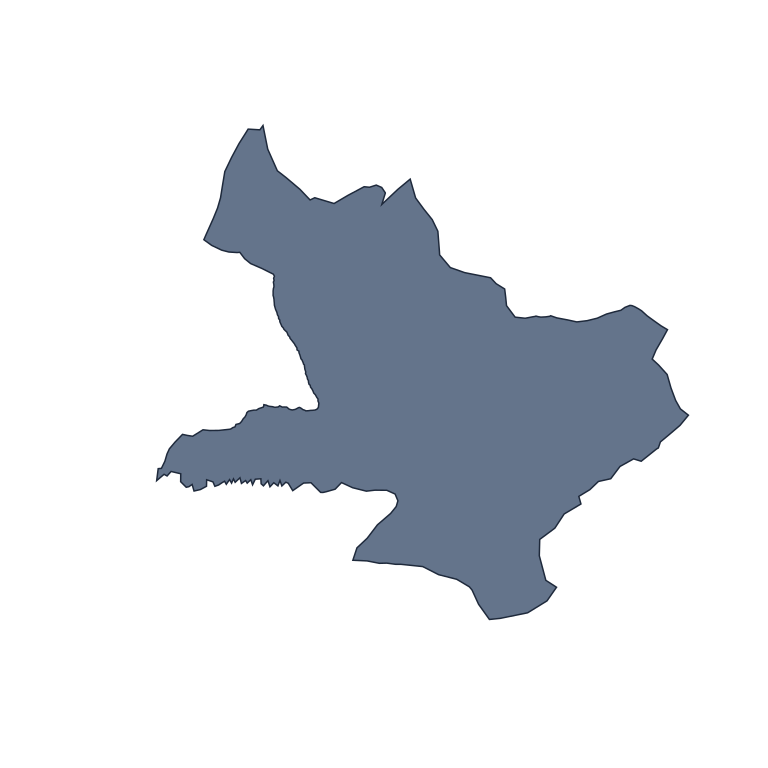 Dabola, Dabola, Guinea, rotated 217°
{"feature_id": "49546643B93693461345641", "entity_name": "Dabola", "entity_type": "district", "adm_level": 2, "iso_a3": "GIN", "parent_name": "Guinea", "parent_adm1": "Dabola", "projection": "natural_earth1", "projection_center": [-10.933, 10.773], "detail": "fine", "context": "isolated", "style": "filled", "palette": "slate", "viewbox_px": 768, "rotation_deg": 217, "n_neighbors": 0, "source": "geoboundaries", "source_scale": "gbopen_adm2", "svg_char_len": 4035}
<svg xmlns="http://www.w3.org/2000/svg" viewBox="0 0 768 768"><g transform="rotate(217 384 384)"><path d="M636.2,517.6L636.1,512.3L645.9,505.8L645.4,500.1L644.5,488.9L642.1,473.3L639.0,457.9L632.8,446.0L626.6,434.3L622.8,424.3L619.9,413.3L616.0,396.2L614.7,390.8L605.0,391.0L594.2,393.2L587.4,396.0L580.4,400.6L578.4,402.4L570.7,400.2L563.0,399.9L551.4,402.7L538.5,405.1L536.4,404.2L535.8,402.0L534.1,400.6L533.7,398.8L531.8,397.1L530.4,395.4L529.8,393.7L528.5,391.5L527.1,389.7L525.9,388.0L524.4,386.9L522.8,385.4L521.6,384.0L520.4,382.7L519.0,381.0L516.9,379.4L515.6,378.4L514.2,377.6L512.7,376.8L510.7,375.1L508.9,374.4L507.5,372.8L505.8,372.4L504.6,371.0L503.7,370.5L501.5,369.3L500.4,368.6L498.2,368.2L496.9,367.5L494.9,367.2L492.8,367.0L491.1,366.0L489.9,365.2L487.8,364.9L486.4,363.9L485.0,363.6L480.1,362.3L479.7,362.2L478.3,361.5L475.2,360.4L474.0,358.9L471.7,359.0L470.7,357.8L468.7,356.6L467.2,355.5L465.4,354.1L464.1,353.9L462.5,353.0L461.8,352.6L461.5,352.5L460.3,351.5L459.1,351.3L457.9,350.0L456.1,348.2L453.8,346.6L452.9,345.0L451.5,344.4L449.6,343.3L448.1,341.9L446.4,341.2L445.3,339.9L443.6,338.6L442.2,338.6L440.8,337.3L438.4,336.6L436.4,335.6L434.7,334.5L432.3,334.1L429.7,332.9L427.7,332.3L426.5,330.7L424.5,329.5L423.4,327.6L422.3,325.8L422.4,323.5L423.4,321.7L425.1,320.1L426.8,318.7L428.5,317.0L430.3,315.5L431.4,315.4L433.6,314.7L435.1,314.8L437.3,314.5L438.1,313.6L438.6,312.4L439.6,310.3L441.7,308.0L443.8,307.1L445.3,306.8L446.4,307.0L447.8,307.0L450.1,305.4L451.2,304.4L454.2,303.8L454.7,302.0L457.1,299.7L459.4,298.8L462.1,297.2L463.6,296.6L465.2,296.3L467.5,295.2L466.8,294.0L466.5,292.9L467.8,291.0L469.2,289.0L470.2,286.3L472.2,284.8L473.8,283.1L475.9,280.7L476.3,278.7L475.5,276.3L475.2,273.9L475.5,271.7L475.2,268.2L475.5,265.6L477.9,262.6L477.2,260.1L478.5,258.2L479.3,255.9L479.8,255.2L487.9,247.6L495.3,241.9L501.0,238.5L505.4,227.1L510.1,224.6L514.6,222.5L515.9,212.0L516.4,203.1L515.2,197.6L512.5,190.4L511.0,182.7L513.4,180.5L507.4,170.0L505.3,179.5L501.9,180.0L501.4,186.0L492.3,190.0L487.6,183.6L479.8,182.5L478.0,184.6L476.8,188.3L471.3,184.2L467.1,189.2L464.2,195.5L468.0,200.8L461.7,202.9L457.5,200.5L455.3,203.8L453.9,207.8L452.8,210.4L449.6,209.0L449.8,214.7L446.1,213.1L447.1,217.6L443.7,215.9L442.6,222.4L438.0,218.8L436.4,223.6L433.6,222.5L432.8,227.4L428.3,224.4L429.5,230.5L425.3,234.2L422.1,230.4L419.0,230.1L418.5,236.9L413.2,233.3L412.6,238.8L407.4,238.8L409.0,244.3L404.2,241.1L403.3,246.5L400.7,247.1L392.7,243.9L388.6,256.5L382.9,261.2L369.4,259.3L367.5,260.6L365.3,263.2L359.7,270.6L358.6,279.7L346.6,282.3L333.6,287.8L327.3,293.8L317.8,300.8L308.9,302.8L302.6,299.1L300.5,293.5L300.8,284.6L304.5,267.6L304.6,250.7L307.0,236.9L302.8,224.5L291.1,232.5L279.8,238.0L274.0,242.6L266.2,247.0L262.1,250.1L243.2,261.5L225.6,264.6L208.4,271.8L193.7,273.4L189.6,272.4L175.9,265.0L158.1,259.4L150.2,266.7L131.6,287.7L123.3,308.9L123.9,325.5L136.6,324.6L156.6,340.3L166.1,353.6L160.8,371.7L161.9,388.6L154.5,406.7L160.8,411.5L156.0,423.5L154.1,435.2L145.9,444.8L145.9,460.2L139.6,474.4L132.1,477.1L127.2,496.2L126.4,498.0L128.4,504.1L125.7,515.6L122.7,529.1L122.1,542.3L132.3,542.5L141.2,546.4L152.5,553.6L163.6,562.0L176.1,564.4L184.8,565.3L187.2,574.9L188.8,588.0L190.3,598.0L197.5,597.2L204.2,597.0L209.2,596.9L214.8,596.8L222.3,597.5L226.0,597.2L230.3,596.6L233.2,595.8L234.9,594.8L235.0,594.6L237.7,590.2L239.2,585.4L243.4,580.3L248.4,573.8L253.3,564.9L259.9,556.8L267.4,549.6L275.9,545.7L285.8,540.8L292.0,538.8L292.4,537.8L295.3,534.9L299.0,531.8L301.1,530.7L303.5,529.7L304.1,528.8L304.7,528.2L306.1,526.7L310.8,521.5L317.5,517.5L319.5,516.3L333.3,520.3L339.1,526.6L344.8,532.5L354.8,531.6L362.8,533.0L386.6,521.5L401.1,516.9L417.3,520.6L419.4,523.1L432.9,538.4L444.4,544.3L457.0,547.5L470.7,551.6L486.4,563.4L490.1,547.8L493.8,526.1L497.8,537.2L498.1,537.5L504.1,539.6L509.9,538.2L514.0,532.4L518.6,529.6L526.4,512.8L532.5,498.1L551.4,491.1L553.8,486.5L568.3,488.9L586.1,489.9L597.5,490.1L618.2,501.6L636.2,517.6Z" fill="#64748b" stroke="#1e293b" stroke-width="1.5"/></g></svg>